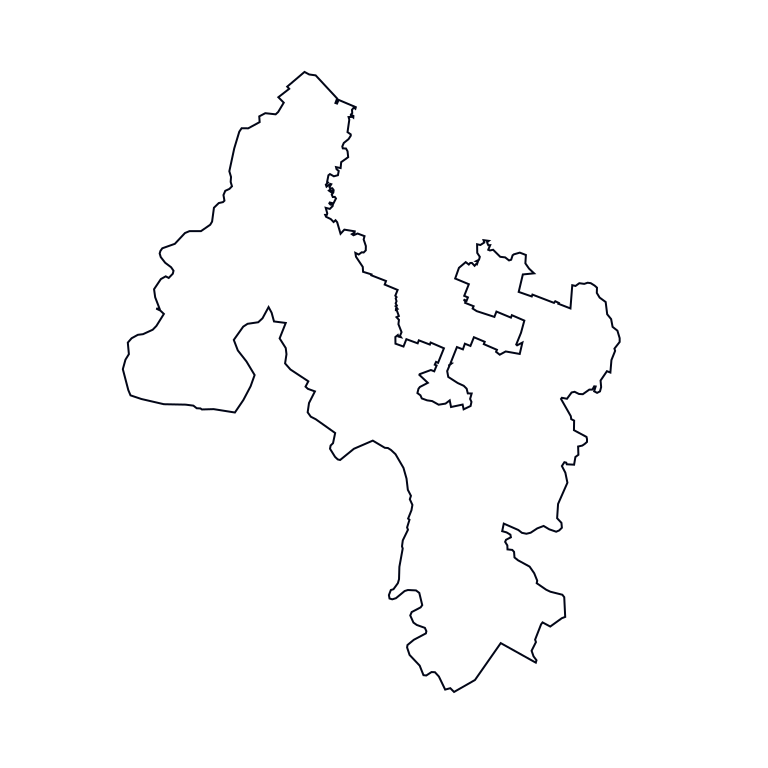 Coxquihui, Veracruz, Mexico, rotated 293°
{"feature_id": "50627088B19179472142749", "entity_name": "Coxquihui", "entity_type": "district", "adm_level": 2, "iso_a3": "MEX", "parent_name": "Mexico", "parent_adm1": "Veracruz", "projection": "natural_earth1", "projection_center": [-97.543, 20.215], "detail": "fine", "context": "isolated", "style": "outline", "palette": "ink", "viewbox_px": 768, "rotation_deg": 293, "n_neighbors": 0, "source": "geoboundaries", "source_scale": "gbopen_adm2", "svg_char_len": 6166}
<svg xmlns="http://www.w3.org/2000/svg" viewBox="0 0 768 768"><g transform="rotate(293 384 384)"><path d="M189.3,632.3L191.7,628.1L196.1,624.1L205.8,624.7L207.7,623.0L224.1,622.5L226.5,623.1L225.7,631.8L237.9,639.2L240.4,641.8L258.2,633.2L259.7,630.5L257.8,618.3L258.0,613.7L260.3,602.4L262.8,601.9L268.5,596.2L272.8,589.4L274.1,576.2L275.3,571.9L280.3,569.3L281.4,566.9L280.0,562.3L283.6,560.6L286.0,557.2L288.3,557.2L292.5,560.7L294.7,559.2L295.3,554.8L294.7,550.3L302.3,548.8L302.1,564.7L300.9,569.1L301.8,573.6L304.4,577.1L311.0,581.5L315.7,586.4L314.8,592.9L315.3,600.2L317.7,602.5L321.2,603.9L325.5,601.6L328.1,595.8L341.6,591.1L364.8,591.4L373.2,585.6L378.0,579.8L382.5,580.6L382.8,582.5L381.5,583.6L384.0,590.5L391.6,588.7L394.8,590.6L402.3,587.1L404.8,590.6L407.3,592.2L410.0,593.5L412.6,592.4L414.4,591.1L415.7,576.9L424.6,573.3L424.8,570.1L427.4,568.5L439.4,552.8L440.8,553.1L441.9,558.2L449.5,560.0L451.3,562.5L451.0,567.4L452.3,571.0L459.1,575.2L460.3,578.0L464.0,578.4L464.4,579.8L459.4,580.3L459.1,583.6L461.6,585.7L466.0,585.1L471.8,582.0L482.9,584.2L483.0,587.9L494.9,584.0L504.8,583.8L506.6,582.3L514.8,584.5L518.3,583.0L524.3,578.0L525.9,572.1L532.5,567.7L535.4,562.2L546.1,556.0L547.8,548.7L551.0,544.3L555.9,542.4L556.9,539.4L557.6,534.9L556.8,531.9L554.4,529.2L553.1,524.4L549.1,522.0L548.5,518.7L526.4,526.1L526.0,513.2L526.9,513.3L527.1,509.3L525.1,508.8L524.3,485.7L522.3,485.8L521.4,472.0L539.1,469.0L544.5,478.9L546.9,472.4L550.3,467.0L558.2,464.2L558.0,457.7L554.1,452.9L552.7,452.1L548.1,452.5L546.6,450.8L547.9,446.1L546.5,441.3L550.2,432.0L548.3,429.3L548.3,427.5L553.3,427.5L552.5,425.8L553.8,424.3L554.9,423.5L556.7,424.5L555.3,419.4L553.4,421.0L549.6,418.4L549.0,415.1L541.1,418.6L538.5,422.5L535.5,422.9L533.1,420.9L533.4,422.6L530.5,422.8L530.6,422.0L528.2,421.2L529.8,417.6L529.1,416.1L527.1,415.4L528.1,411.6L520.2,407.6L508.9,408.3L509.0,423.1L496.5,423.4L496.5,427.4L492.9,427.5L492.9,424.4L491.5,427.0L490.4,427.0L490.6,436.1L488.1,436.1L487.3,440.9L488.9,459.4L494.6,459.2L494.7,474.9L497.3,474.8L497.2,488.4L484.7,490.1L472.0,490.3L471.6,491.4L476.2,495.2L464.7,497.2L461.5,483.3L456.2,479.1L457.4,474.6L459.6,474.6L459.7,460.3L462.2,460.2L462.2,448.5L452.8,448.7L452.7,442.7L446.7,443.1L446.5,436.7L429.3,437.1L429.5,438.3L426.9,436.8L426.7,435.8L426.6,437.1L420.6,437.1L415.6,440.4L413.7,451.5L413.5,458.1L412.0,461.9L408.1,464.8L409.5,468.4L403.9,469.1L401.7,471.5L397.6,472.3L391.8,467.2L395.8,464.4L389.0,454.7L394.6,450.9L390.0,448.3L386.3,442.4L387.1,435.0L385.8,430.1L385.5,424.4L387.8,422.0L388.7,418.3L393.1,417.6L395.3,418.2L402.2,423.9L406.2,413.0L407.0,413.0L415.2,421.7L415.3,425.3L421.6,425.2L421.6,423.2L422.5,423.2L424.7,423.3L424.6,425.5L440.3,425.2L440.4,410.7L438.2,410.8L437.8,399.0L434.6,399.1L434.0,387.1L426.1,387.3L425.6,378.8L431.7,376.1L434.5,377.6L433.3,378.7L433.7,381.3L434.6,379.9L438.6,379.9L444.7,373.9L448.9,372.7L450.4,369.4L452.4,371.1L456.9,366.9L456.6,366.1L457.7,365.7L458.5,367.0L460.1,364.3L461.2,365.2L462.8,363.2L465.1,363.2L467.4,361.3L468.9,361.6L469.7,359.9L475.9,359.8L475.8,345.8L479.6,345.6L479.1,329.8L480.0,329.7L479.1,320.9L483.5,318.7L490.2,308.5L493.5,306.4L493.3,310.1L496.5,312.0L497.1,313.9L499.9,315.0L503.9,313.4L509.1,308.8L512.5,308.3L512.2,300.9L509.0,297.8L509.4,295.9L511.9,297.7L513.1,297.4L510.6,287.2L505.3,285.3L514.6,277.7L515.8,275.4L513.4,274.3L515.0,270.6L515.3,265.3L516.7,263.8L517.4,265.3L518.9,265.1L523.4,261.5L524.0,265.7L527.7,267.2L529.3,266.8L528.2,264.7L528.9,263.1L529.9,263.2L530.5,266.9L536.0,267.3L537.0,265.6L536.1,263.8L537.9,261.9L539.5,262.3L540.5,257.7L541.4,258.2L541.3,262.3L542.8,261.9L544.0,259.9L542.9,258.1L544.0,256.9L547.3,257.4L547.2,256.3L543.2,254.0L544.7,252.6L547.6,253.7L547.7,252.7L554.4,251.3L556.1,252.2L555.6,256.7L558.2,260.0L562.4,259.1L563.2,256.4L564.9,255.1L565.8,259.7L571.5,257.9L578.8,262.4L584.0,259.5L585.9,257.0L584.8,254.0L586.4,252.8L590.2,252.8L595.6,255.7L599.6,256.4L600.8,255.8L601.6,252.0L613.7,248.8L615.9,247.1L616.9,249.2L618.2,248.7L617.3,251.6L618.8,251.1L619.0,248.4L621.0,248.9L623.9,247.4L626.7,248.2L626.2,250.1L627.8,249.9L627.8,231.2L623.8,231.2L623.7,229.5L628.5,229.3L641.4,200.5L639.7,194.2L640.2,188.9L619.9,178.7L618.7,181.4L606.7,174.7L603.8,181.8L593.0,180.3L589.9,178.9L586.9,168.9L581.6,164.6L576.5,167.2L566.3,159.1L563.8,153.0L559.7,152.2L542.3,154.1L519.4,158.5L514.8,162.3L510.1,163.9L506.6,166.8L503.2,165.5L499.8,162.4L495.2,162.4L490.4,165.5L488.5,164.7L486.0,161.2L479.8,158.6L466.3,162.3L462.7,161.8L453.2,155.8L448.7,145.2L445.2,141.8L431.3,136.7L422.3,126.9L419.1,126.2L416.5,126.5L413.6,128.9L410.1,135.2L408.3,142.4L406.0,146.0L403.0,146.5L397.5,144.4L397.8,141.0L393.4,137.6L381.4,135.3L374.4,139.5L365.7,147.9L364.4,144.9L364.2,149.4L362.5,154.0L348.5,151.8L343.6,149.9L335.7,142.7L333.1,138.2L327.5,133.8L322.0,132.0L311.8,137.5L305.4,136.5L295.6,137.8L278.5,151.0L274.5,155.1L275.4,166.6L279.4,189.3L287.5,209.5L289.6,217.0L288.5,221.1L289.8,224.6L289.4,226.3L294.3,237.0L299.5,257.9L314.3,260.8L329.8,262.1L341.7,261.4L351.0,248.6L357.8,236.3L365.9,228.5L381.8,232.0L386.1,234.9L391.7,244.1L397.0,246.5L409.7,247.7L405.7,252.7L398.6,258.3L401.8,269.7L385.2,270.1L378.7,279.5L373.3,282.6L364.3,284.9L360.8,292.2L356.9,313.3L350.9,312.8L349.8,315.8L350.2,323.3L337.2,322.4L328.1,324.8L325.3,329.4L324.9,334.9L319.8,358.2L309.6,360.2L306.5,358.9L303.3,359.6L297.8,367.4L296.5,370.9L296.9,373.3L312.6,381.6L327.5,395.8L325.6,409.7L326.6,412.6L326.0,416.2L323.9,422.0L314.4,434.7L305.7,441.7L295.9,447.3L291.6,452.5L288.0,452.8L283.8,457.4L278.5,458.6L269.5,458.8L269.0,460.5L261.0,461.3L259.2,463.0L247.4,462.4L241.6,464.0L239.9,465.5L221.7,469.6L210.2,474.1L206.1,474.6L198.8,472.9L197.0,470.8L191.6,471.0L188.7,472.9L189.0,475.7L191.5,478.7L201.5,483.9L203.7,486.5L206.5,494.1L205.5,498.1L195.4,505.6L192.7,505.0L184.9,498.6L181.2,498.6L175.9,504.3L175.0,508.3L175.5,516.9L173.0,519.6L170.8,520.0L160.2,511.4L152.9,507.6L150.5,508.2L144.6,513.4L138.7,526.9L131.4,534.1L132.2,536.8L137.4,540.3L138.6,543.5L136.2,548.8L126.6,559.7L129.9,563.9L127.9,568.8L147.1,583.4L191.1,592.7L186.8,632.6L189.3,632.3Z" fill="none" stroke="#020617" stroke-width="2"/></g></svg>